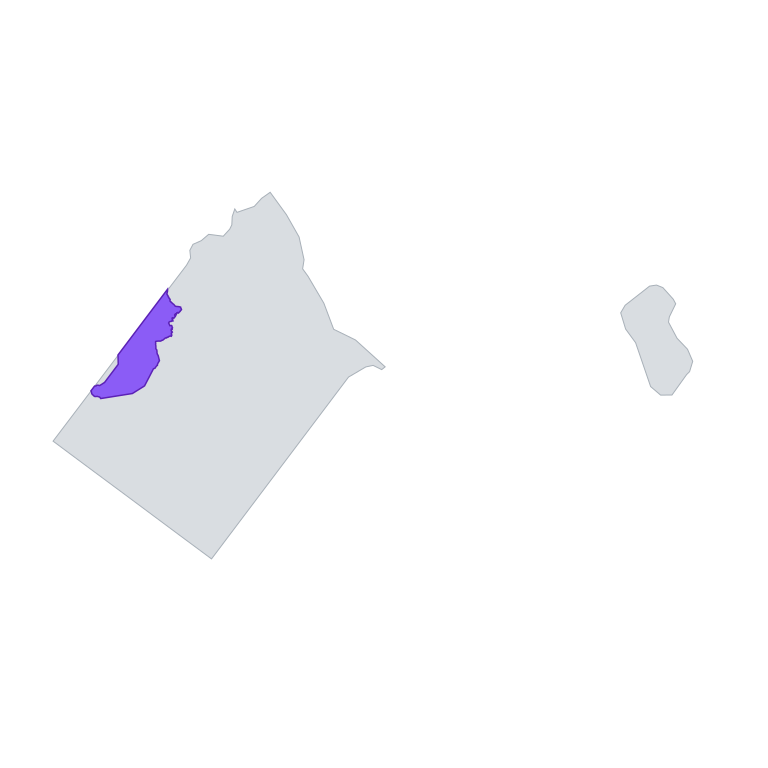 location of Acurenam, Centro Sur, Equatorial Guinea, rotated 127°
{"feature_id": "11065452B93144755032170", "entity_name": "Acurenam", "entity_type": "district", "adm_level": 2, "iso_a3": "GNQ", "parent_name": "Equatorial Guinea", "parent_adm1": "Centro Sur", "projection": "albers", "projection_center": [10.388, 1.118], "detail": "fine", "context": "in_parent", "style": "filled", "palette": "violet", "viewbox_px": 768, "rotation_deg": 127, "n_neighbors": 0, "source": "geoboundaries", "source_scale": "gbopen_adm2", "svg_char_len": 4962}
<svg xmlns="http://www.w3.org/2000/svg" viewBox="0 0 768 768"><g transform="rotate(127 384 384)"><path d="M627.5,416.5L627.8,455.6L628.0,488.7L628.2,524.5L628.5,561.9L628.7,593.4L628.8,613.9L594.2,613.8L548.3,613.7L502.4,613.6L456.4,613.4L433.4,613.3L407.9,613.2L399.7,614.3L394.1,619.5L387.4,620.6L379.5,616.2L370.0,614.1L367.4,609.6L362.7,601.3L353.2,600.4L348.5,601.3L341.6,606.0L334.0,608.5L335.4,604.7L320.3,594.5L309.4,593.5L299.4,590.3L307.5,563.8L317.7,540.3L332.9,522.6L341.0,518.3L343.7,509.5L355.7,480.6L370.6,457.1L366.0,433.3L369.6,393.4L373.9,394.5L374.6,398.3L375.7,403.9L381.3,408.8L399.8,416.5L455.0,416.5L488.0,416.5L536.7,416.5L588.3,416.5L627.5,416.5ZM190.2,147.4L194.3,148.0L219.5,147.4L226.4,156.4L225.6,169.5L199.6,207.9L194.7,224.1L184.7,237.8L176.0,238.8L146.0,230.8L141.0,225.9L139.2,219.3L142.2,204.0L144.4,199.3L158.7,196.5L163.4,194.0L171.1,177.5L173.6,162.5L180.1,151.1L190.2,147.4Z" fill="#d9dde1" stroke="#a8b0b8" stroke-width="1"/><path d="M529.6,574.1L510.5,577.3L509.3,576.4L508.1,576.5L506.4,576.5L505.5,576.2L505.3,576.5L503.7,577.0L501.2,577.3L500.5,577.4L498.4,580.0L497.7,580.8L497.0,581.8L496.7,582.8L496.2,583.4L495.7,584.1L495.3,584.4L494.8,584.7L494.6,585.0L493.9,585.6L493.6,585.8L493.5,586.1L493.4,586.5L493.2,587.2L493.2,587.3L493.0,587.6L492.9,587.6L492.5,587.9L491.8,588.4L491.5,588.7L491.0,589.0L490.0,590.1L489.7,590.3L489.4,590.5L489.0,590.7L488.7,591.0L488.4,591.3L488.1,591.6L487.6,591.9L487.4,591.9L487.2,591.8L487.1,591.7L486.1,590.7L485.5,590.1L485.3,589.7L484.7,589.0L484.6,588.9L484.6,588.7L484.1,588.2L483.7,588.0L483.3,587.8L483.0,587.7L482.8,587.7L482.6,587.4L482.3,587.2L481.6,586.9L481.0,586.8L480.6,586.7L480.2,586.6L479.8,586.5L479.5,586.4L479.0,586.4L478.6,586.1L478.4,586.0L478.3,585.6L478.2,585.5L477.8,585.6L477.7,585.5L477.3,585.2L477.2,585.1L477.1,584.9L476.9,584.8L476.4,584.8L476.1,584.7L475.9,584.6L475.9,584.4L475.7,584.4L475.2,584.2L474.9,584.0L474.4,583.6L474.0,583.0L473.9,582.6L473.7,582.6L473.5,582.8L473.4,582.8L473.0,582.8L473.0,583.0L472.9,583.1L472.8,583.3L472.7,583.4L472.4,583.4L472.3,583.5L472.2,583.6L471.9,583.6L471.8,583.8L471.8,584.0L471.7,584.1L471.5,584.4L471.4,584.4L471.2,584.5L470.9,584.5L470.7,584.5L470.6,584.4L470.4,584.3L470.2,584.4L469.9,584.3L469.8,584.5L469.8,584.8L469.8,585.1L469.7,585.3L469.7,585.6L469.7,585.8L469.5,586.0L469.4,586.0L469.2,586.1L468.9,586.5L468.7,586.6L468.3,586.7L468.0,586.8L467.9,586.7L467.6,586.6L467.4,586.5L467.4,586.4L467.3,586.5L467.2,586.7L466.8,586.7L466.5,586.7L466.5,587.0L466.4,587.1L466.3,587.3L466.2,587.4L465.8,587.7L465.7,587.8L465.3,588.4L465.1,588.7L465.1,588.8L465.3,588.9L465.4,589.1L465.5,589.2L465.5,589.3L465.5,589.5L466.0,589.8L466.2,590.0L466.3,590.2L466.2,590.3L466.0,590.5L465.9,590.6L465.6,590.6L465.8,590.7L465.8,590.8L465.8,591.0L465.7,591.2L465.6,591.3L465.5,591.5L465.3,591.8L465.2,592.1L465.1,592.3L465.0,592.5L464.9,592.7L464.7,592.7L464.1,592.8L463.9,592.8L463.7,592.9L463.1,592.6L462.4,592.0L462.1,591.6L461.9,591.6L461.7,591.6L461.4,591.5L461.4,591.4L461.3,591.2L461.2,591.1L460.9,590.9L460.8,590.6L460.6,590.5L460.5,590.8L460.4,591.0L460.2,591.2L460.0,591.4L459.9,591.4L459.9,591.5L459.9,591.8L459.8,592.0L459.5,592.4L459.2,592.7L458.9,592.9L458.7,592.9L458.3,592.7L458.2,592.5L458.2,592.3L458.3,592.1L458.2,592.1L457.9,591.8L457.8,591.7L457.8,591.4L457.7,591.4L457.4,591.5L457.2,591.5L456.9,591.5L456.7,591.4L456.4,591.3L456.1,591.4L455.9,591.5L455.7,591.4L455.6,591.5L455.4,591.7L455.0,591.7L455.0,591.8L455.1,592.1L455.1,592.4L455.1,592.5L454.9,592.7L454.8,592.8L454.7,592.8L454.3,592.8L454.2,592.7L453.8,592.8L453.7,592.8L453.4,592.8L453.3,592.7L453.2,592.6L453.1,592.4L453.1,592.2L453.2,591.9L453.3,591.8L452.8,591.9L452.5,592.1L452.1,592.2L451.9,592.3L451.7,592.3L451.6,592.2L451.4,592.0L451.4,591.8L451.2,591.8L451.2,591.7L451.0,591.3L451.1,591.0L450.6,590.9L450.4,590.7L450.2,590.7L450.0,590.8L449.8,590.8L449.6,590.8L449.2,590.7L448.9,590.5L448.7,590.5L448.4,590.6L448.1,590.7L447.8,590.6L447.0,590.5L446.7,590.5L446.3,590.6L446.2,590.9L445.8,591.5L445.4,592.3L445.0,592.7L445.5,594.0L446.1,595.1L447.0,596.5L447.5,597.5L447.1,599.1L446.9,600.0L447.0,601.0L446.8,602.1L446.8,603.1L446.6,603.4L446.7,603.6L446.7,603.8L446.7,604.3L446.7,604.5L446.4,604.9L446.2,605.0L446.0,605.3L445.7,605.4L445.5,605.5L445.4,605.7L445.1,605.8L445.0,606.0L445.0,606.3L445.0,606.6L444.9,607.0L444.8,607.3L444.6,607.7L444.4,607.8L444.2,608.1L444.3,608.6L444.1,608.9L443.9,609.2L443.4,609.8L443.3,610.3L443.2,610.8L443.0,611.1L442.9,611.4L442.6,611.7L442.3,611.8L441.7,612.0L441.3,612.2L440.8,612.5L440.3,612.7L440.0,612.8L439.7,613.1L439.1,613.6L438.7,613.9L520.9,613.9L528.2,608.1L550.9,608.1L556.3,610.1L557.2,611.9L558.1,612.8L558.8,612.8L559.9,613.9L565.9,613.9L566.2,613.1L567.6,611.6L567.9,610.7L568.0,610.1L567.9,609.1L568.2,608.3L568.0,607.4L567.3,606.5L566.4,605.5L566.1,604.5L565.7,603.8L565.6,602.9L566.1,601.5L543.0,579.2L529.6,574.1Z" fill="#8b5cf6" stroke="#5b21b6" stroke-width="1.5"/></g></svg>